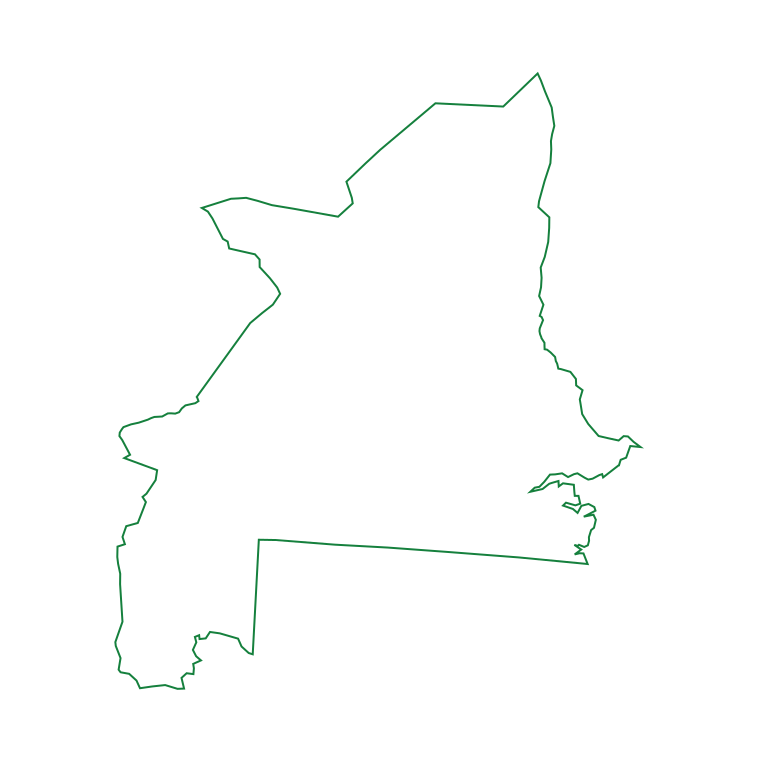 the district of Kiffa, Assaba, Mauritania, rotated 4°
{"feature_id": "47542326B84598403271907", "entity_name": "Kiffa", "entity_type": "district", "adm_level": 2, "iso_a3": "MRT", "parent_name": "Mauritania", "parent_adm1": "Assaba", "projection": "albers", "projection_center": [-11.344, 16.693], "detail": "fine", "context": "isolated", "style": "outline", "palette": "green", "viewbox_px": 768, "rotation_deg": 4, "n_neighbors": 0, "source": "geoboundaries", "source_scale": "gbopen_adm2", "svg_char_len": 2931}
<svg xmlns="http://www.w3.org/2000/svg" viewBox="0 0 768 768"><g transform="rotate(4 384 384)"><path d="M138.4,644.1L134.0,660.2L134.7,664.0L140.3,675.8L139.2,687.5L141.3,689.9L141.8,690.0L150.0,690.9L157.8,697.1L161.8,704.5L173.8,701.9L186.7,699.6L199.3,702.5L205.8,701.8L202.5,691.3L207.3,686.3L214.1,686.7L214.2,680.9L213.2,676.5L220.7,672.5L215.6,668.7L211.9,662.6L214.8,654.8L213.0,649.5L217.1,647.5L217.8,651.3L223.9,650.2L227.7,643.5L237.6,644.2L256.2,648.2L260.2,655.8L267.8,661.8L271.9,662.8L270.0,548.1L286.9,547.2L346.3,547.7L399.3,546.9L458.8,547.1L530.6,547.6L597.2,549.3L599.7,549.4L594.8,539.1L590.9,539.2L586.1,540.7L592.3,535.4L585.1,531.2L588.6,532.0L589.7,530.8L595.1,532.6L598.6,530.7L599.5,526.1L599.1,522.5L600.8,515.3L603.5,512.8L604.8,504.7L602.1,499.8L592.5,502.4L595.0,501.0L603.8,495.6L602.4,492.1L596.4,489.4L593.7,490.3L589.4,491.8L586.1,499.1L581.2,495.5L571.1,492.8L573.8,489.7L583.4,491.7L588.1,489.7L585.8,482.0L582.1,482.3L581.4,478.2L580.4,471.3L569.5,470.6L565.5,474.0L564.8,468.6L558.2,471.0L555.8,472.0L549.5,477.7L537.5,481.3L541.6,476.9L546.2,475.7L550.7,470.4L555.9,462.8L561.1,462.2L567.9,460.7L574.1,464.0L579.8,460.7L583.2,459.6L590.7,463.5L594.4,465.1L598.7,463.9L605.2,459.8L607.9,458.7L608.6,460.6L609.1,461.9L623.8,448.7L624.1,448.7L624.8,445.5L625.4,443.1L630.7,440.6L634.0,428.7L644.3,429.0L637.0,424.3L631.0,419.3L626.7,419.3L622.0,424.0L610.4,422.3L601.7,420.9L590.5,409.6L583.8,400.2L581.6,390.7L580.4,385.7L582.5,376.3L575.8,372.0L575.1,365.6L569.1,358.9L559.5,356.8L556.8,356.5L556.1,354.1L555.3,351.6L553.8,349.1L552.8,345.1L548.0,340.9L544.3,338.4L541.8,338.1L541.4,334.3L541.2,331.7L537.9,327.3L537.7,326.5L536.2,323.4L535.4,320.4L535.5,317.6L538.2,309.2L536.5,306.1L534.6,305.2L537.5,293.8L532.6,285.4L533.9,276.6L533.9,276.2L533.8,267.1L532.2,256.9L535.5,246.0L537.9,230.9L537.9,216.8L537.3,206.2L525.6,196.8L525.9,190.9L530.0,170.5L534.6,152.1L534.5,138.4L533.6,130.0L534.3,122.9L535.9,114.6L533.8,105.3L532.0,96.5L524.2,80.9L519.4,70.4L515.6,63.5L483.6,98.9L415.7,100.4L363.9,150.6L350.2,165.2L332.4,184.8L338.9,200.5L340.2,206.0L326.5,220.3L281.9,215.5L259.7,213.4L245.1,210.1L233.5,207.9L225.8,209.0L218.4,209.9L190.0,221.1L196.3,224.3L201.3,230.8L213.2,250.5L218.1,252.8L220.1,259.6L227.7,260.8L244.0,263.3L246.2,263.6L251.2,268.5L251.8,276.0L262.8,286.4L270.7,295.2L274.1,301.3L267.6,312.6L257.6,321.6L246.3,332.5L198.1,410.0L198.8,411.0L200.1,414.0L197.1,416.3L187.4,419.2L184.0,422.5L181.6,426.4L177.8,428.1L173.6,428.1L170.4,428.4L165.0,431.9L157.2,432.9L154.2,434.2L153.1,434.8L151.0,436.0L142.0,439.7L134.5,441.9L127.1,445.2L125.6,447.5L123.8,450.9L123.7,454.4L126.8,458.2L135.6,472.3L130.1,476.0L163.7,485.8L162.9,495.7L154.7,510.0L151.0,513.5L154.7,518.4L152.7,525.0L148.1,539.8L136.8,543.8L133.8,554.8L136.7,561.9L129.5,564.8L130.0,575.2L131.3,581.9L134.1,591.7L134.7,602.1L139.7,639.4L138.4,644.1Z" fill="none" stroke="#15803d" stroke-width="2"/></g></svg>